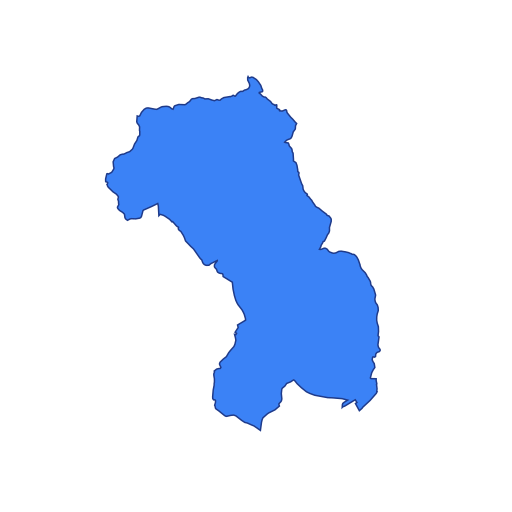 Corrales, Boyacá, Colombia, rotated 299°
{"feature_id": "7082276B21264434170875", "entity_name": "Corrales", "entity_type": "district", "adm_level": 2, "iso_a3": "COL", "parent_name": "Colombia", "parent_adm1": "Boyacá", "projection": "mercator", "projection_center": [-72.84, 5.824], "detail": "fine", "context": "isolated", "style": "filled", "palette": "blue", "viewbox_px": 512, "rotation_deg": 299, "n_neighbors": 0, "source": "geoboundaries", "source_scale": "gbopen_adm2", "svg_char_len": 6118}
<svg xmlns="http://www.w3.org/2000/svg" viewBox="0 0 512 512"><g transform="rotate(299 256 256)"><path d="M409.0,162.1L408.0,162.2L405.8,163.5L403.7,166.5L402.2,167.8L400.8,168.3L399.5,168.3L398.2,167.9L396.7,166.8L395.5,165.5L393.5,164.5L392.6,162.8L391.3,161.9L389.2,161.0L385.9,160.5L385.6,160.2L385.5,159.7L385.6,158.4L385.4,158.0L384.3,157.5L382.8,156.2L382.8,155.9L379.0,151.1L376.6,149.6L374.9,149.1L374.3,148.1L373.9,146.0L371.7,144.4L371.0,141.8L370.4,138.1L368.6,135.1L368.6,133.4L368.0,131.6L367.7,129.9L367.2,129.1L364.1,126.2L362.9,124.3L362.4,123.9L361.9,123.5L358.8,123.0L357.0,122.0L354.5,121.0L353.8,120.4L351.1,115.0L348.3,112.4L347.7,112.0L347.0,111.9L344.1,112.3L343.9,110.7L344.2,109.6L344.4,108.0L344.1,106.5L343.4,104.9L341.3,101.8L340.4,100.9L336.2,98.2L335.4,96.4L333.4,90.3L332.9,89.3L332.0,88.2L330.1,87.1L326.1,86.2L322.3,86.4L321.5,85.9L321.1,85.4L320.9,84.2L315.6,86.6L314.5,87.9L313.7,90.0L312.5,91.6L309.4,93.2L308.7,93.9L305.8,95.5L304.8,95.8L303.3,95.1L302.6,95.1L299.3,95.8L295.1,95.5L290.9,96.1L289.5,96.1L286.0,94.9L283.7,92.8L282.1,91.8L280.7,90.6L280.4,89.9L278.7,88.2L275.3,86.9L272.7,85.1L269.1,85.4L265.3,88.0L264.2,89.1L263.2,89.4L259.8,89.3L258.7,88.9L256.2,87.2L256.0,86.1L255.5,85.7L250.5,87.1L248.4,88.3L248.1,88.8L248.4,89.6L248.4,90.6L247.3,91.1L246.3,91.0L246.2,91.4L245.4,92.0L244.5,93.5L242.8,99.8L242.4,104.0L241.3,106.7L240.8,107.1L238.6,107.7L237.1,109.3L235.5,110.2L234.7,110.9L234.0,111.1L231.8,111.1L231.1,111.4L230.5,112.2L229.7,114.5L229.5,118.2L228.9,120.4L228.5,120.9L226.1,122.7L225.3,123.8L225.1,124.7L224.9,126.3L227.2,127.8L228.1,128.7L230.2,132.8L232.8,136.0L233.8,136.6L235.3,136.6L240.7,135.2L241.6,135.3L248.7,140.7L254.3,144.6L252.3,146.4L244.2,151.5L245.8,151.9L246.1,152.4L246.7,155.3L246.7,157.3L246.2,162.7L245.1,166.0L245.7,166.4L243.9,171.4L243.6,172.6L243.6,174.3L242.2,174.8L241.8,175.2L241.2,176.5L241.1,178.3L238.9,182.3L237.4,184.4L235.0,187.1L232.8,194.2L231.9,197.9L227.1,207.7L226.5,209.4L226.4,210.3L224.5,212.5L223.9,213.5L223.5,214.8L223.5,216.1L223.8,217.2L225.1,219.3L227.4,220.2L233.3,224.3L233.0,224.5L229.0,223.9L228.0,224.0L226.9,224.6L226.4,224.9L226.1,225.4L225.5,226.8L225.3,227.8L223.6,229.7L223.3,230.3L223.2,231.9L223.5,233.3L224.1,234.8L224.2,235.4L223.6,236.2L222.1,237.2L221.6,248.0L215.9,252.0L210.9,256.3L207.5,259.8L205.8,262.1L204.7,263.9L202.1,269.9L200.7,272.1L199.3,274.0L196.3,277.0L194.8,278.0L186.7,273.3L184.8,275.1L179.2,274.7L179.0,276.5L177.5,276.5L177.1,275.2L174.7,277.5L172.6,279.2L168.8,280.3L166.1,280.6L160.8,279.4L158.1,279.0L153.6,278.9L150.1,277.4L145.9,276.1L144.4,276.2L143.4,276.8L141.6,279.3L140.4,279.3L139.7,278.2L138.0,276.4L135.1,275.2L134.5,275.9L132.3,276.3L130.9,277.2L128.4,279.2L125.3,280.9L124.7,281.0L122.5,282.1L118.2,283.5L111.9,286.3L110.3,287.3L109.7,288.5L109.7,289.0L110.2,289.5L110.2,290.2L109.8,290.8L108.1,291.6L105.4,292.2L104.9,292.9L103.2,294.4L102.9,295.0L102.5,298.6L101.2,305.9L101.2,307.1L101.5,308.0L104.3,311.1L106.0,313.5L106.3,315.0L106.4,316.1L105.3,323.0L105.0,326.9L105.7,329.3L106.1,334.1L106.4,336.5L105.6,344.4L113.3,341.4L115.9,340.7L117.8,340.5L123.5,342.5L124.9,343.2L130.7,347.2L136.1,349.2L137.4,347.9L138.0,347.7L140.7,348.4L141.8,348.4L143.5,347.9L148.0,344.8L152.1,343.1L153.2,343.1L156.2,344.3L159.4,344.6L162.7,347.3L165.8,348.9L165.9,349.5L165.7,350.4L164.3,353.8L162.8,359.6L161.7,365.9L161.9,369.7L162.7,374.9L166.9,387.4L169.1,391.8L173.0,400.5L174.4,406.0L170.9,404.1L169.2,403.4L167.9,403.6L165.4,404.8L166.1,405.0L167.8,406.4L178.4,412.5L176.8,415.3L175.2,414.5L170.8,421.4L174.2,422.6L175.5,422.7L185.0,425.8L194.2,427.8L195.9,427.7L195.8,427.4L198.6,426.2L202.2,423.6L202.7,423.7L205.3,421.5L206.9,420.6L204.5,416.0L204.5,415.5L204.9,415.1L210.0,413.8L213.6,413.7L216.1,414.0L219.2,411.6L220.4,409.4L221.6,407.9L223.6,407.2L224.2,407.1L224.6,407.4L225.0,408.7L226.0,409.3L228.2,408.3L229.6,408.4L230.5,408.7L232.2,410.2L233.3,410.4L234.0,410.2L234.7,409.3L235.2,408.0L235.8,407.1L237.4,405.7L244.7,402.9L245.1,402.5L245.2,401.9L245.6,401.3L249.3,399.8L253.5,397.3L256.0,394.6L258.3,392.7L260.0,391.8L261.3,391.1L264.1,390.1L267.5,389.4L268.2,389.0L270.1,387.8L271.3,386.6L272.2,385.5L272.8,384.0L273.5,382.9L275.0,381.5L276.0,380.8L279.5,379.7L280.1,379.3L284.3,375.0L285.6,372.8L285.8,371.8L286.4,370.6L287.4,369.7L288.6,368.9L289.4,368.0L291.6,364.3L291.9,363.3L293.1,361.8L294.3,359.6L295.5,355.4L296.3,353.8L298.0,351.7L298.5,351.5L302.1,347.5L303.8,344.9L304.4,343.6L304.9,341.4L304.8,340.7L304.1,339.2L304.2,337.8L303.9,336.9L303.9,335.6L303.0,332.3L301.5,328.1L300.2,326.2L297.5,324.4L296.4,323.1L295.9,322.3L295.6,321.1L295.2,318.4L295.5,317.0L296.4,315.1L296.5,313.2L295.9,311.8L293.3,309.7L292.8,308.9L292.6,308.2L295.5,308.2L296.9,307.8L300.0,307.9L301.2,307.7L302.2,308.6L302.6,308.6L306.0,308.5L309.1,308.2L311.5,308.5L313.6,308.1L316.6,306.4L322.7,305.0L324.4,304.1L325.2,303.3L326.4,300.5L326.0,298.5L326.7,297.4L327.4,292.2L328.3,287.8L328.1,285.1L328.4,283.7L329.1,282.7L330.7,279.3L331.7,277.8L332.2,276.2L333.3,273.7L333.6,271.3L333.9,271.1L334.7,271.1L335.0,270.8L335.3,268.2L336.2,266.3L337.3,264.8L340.1,262.8L341.3,260.9L347.5,254.0L349.4,253.4L349.9,252.9L350.1,251.6L351.6,250.7L355.1,247.9L357.0,245.7L357.3,242.6L358.6,242.0L363.7,238.7L364.2,238.2L364.7,237.2L366.4,236.0L367.3,235.0L368.3,232.0L368.9,231.2L369.6,230.7L370.5,229.4L369.4,226.4L369.4,225.9L371.8,226.5L373.1,227.3L374.9,228.9L375.8,229.4L377.0,229.5L378.4,229.4L382.6,228.4L385.8,228.8L386.4,228.7L389.1,227.4L391.6,227.3L392.1,225.4L393.5,221.7L394.2,219.1L396.3,214.0L396.9,213.2L398.1,212.2L398.4,211.5L398.4,211.2L397.7,210.4L395.5,208.7L394.4,206.2L394.6,205.9L395.1,206.0L395.4,205.6L395.3,203.2L395.4,202.4L397.9,201.1L398.2,200.8L398.0,200.2L397.0,199.8L396.9,199.1L397.2,198.4L397.0,197.3L397.1,196.1L398.2,193.8L398.8,189.7L399.4,188.2L399.5,187.1L399.0,186.1L398.9,184.1L399.8,181.5L400.1,179.7L400.7,179.6L402.8,181.9L403.5,181.9L404.4,181.3L405.4,179.8L407.5,177.5L409.5,173.6L410.5,170.8L410.8,166.7L410.2,165.2L408.8,164.2L408.6,163.7L408.6,162.7L409.0,162.1Z" fill="#3b82f6" stroke="#1e3a8a" stroke-width="1.5"/></g></svg>